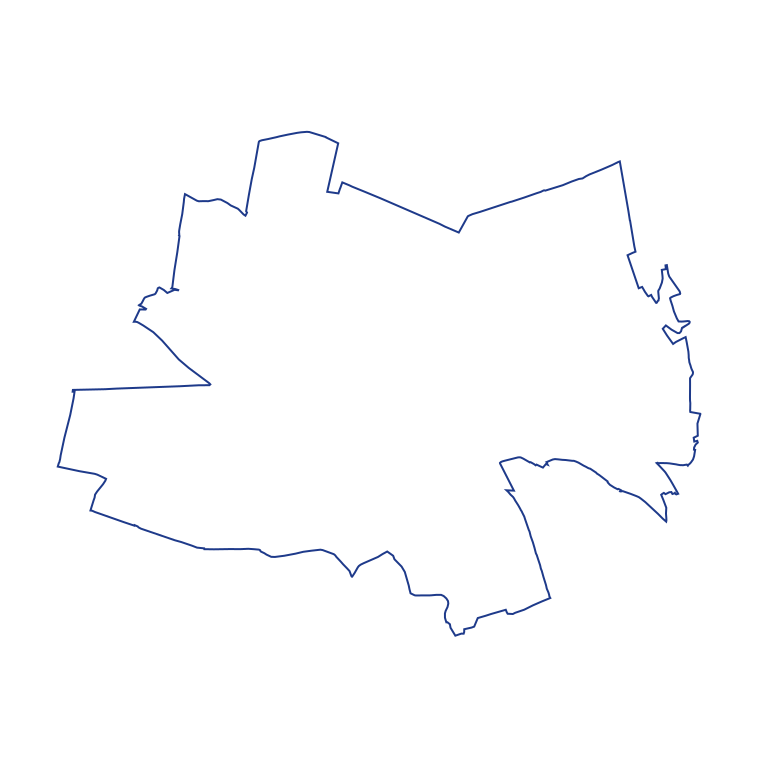 outline of Nufaru, Tulcea, Romania, rotated 185°
{"feature_id": "2599482B16280673296012", "entity_name": "Nufaru", "entity_type": "district", "adm_level": 2, "iso_a3": "ROU", "parent_name": "Romania", "parent_adm1": "Tulcea", "projection": "robinson", "projection_center": [28.921, 45.135], "detail": "fine", "context": "isolated", "style": "outline", "palette": "blue", "viewbox_px": 768, "rotation_deg": 185, "n_neighbors": 0, "source": "geoboundaries", "source_scale": "gbopen_adm2", "svg_char_len": 6040}
<svg xmlns="http://www.w3.org/2000/svg" viewBox="0 0 768 768"><g transform="rotate(185 384 384)"><path d="M207.5,181.3L199.7,185.3L200.7,186.8L201.2,188.6L202.0,190.6L204.0,194.3L205.1,197.8L208.3,205.6L210.5,211.5L211.7,213.9L212.7,217.1L215.3,223.1L216.9,226.9L217.9,228.5L219.8,233.9L221.9,239.3L222.7,241.0L224.6,245.1L226.2,249.8L227.0,251.1L231.8,261.9L232.7,264.1L235.1,268.0L235.7,269.1L236.7,270.3L237.4,271.5L239.8,275.0L243.2,279.4L244.1,280.8L244.9,281.9L245.7,282.8L248.3,284.8L250.9,287.4L252.7,288.8L245.3,289.1L261.5,315.0L261.6,315.5L260.8,316.4L259.4,317.2L257.0,318.1L244.3,322.5L243.3,322.7L241.5,322.8L238.8,321.8L231.9,318.6L231.6,318.9L230.9,318.8L227.6,317.3L225.8,316.2L225.0,317.0L221.0,315.5L218.4,314.6L215.7,318.4L215.3,318.3L214.0,317.9L214.6,318.8L214.6,319.5L214.8,320.1L215.2,320.4L209.3,323.5L207.1,324.1L203.9,324.1L199.8,324.0L196.4,324.1L190.1,323.9L188.1,324.0L186.1,323.5L183.4,322.6L178.1,320.1L175.3,319.0L173.6,318.2L172.4,317.8L171.2,317.6L164.8,314.1L164.6,313.8L164.2,313.4L161.7,312.1L152.7,306.4L152.6,305.5L150.2,303.3L145.8,301.0L142.1,299.5L141.5,299.9L140.7,299.7L138.8,298.9L139.4,297.7L138.7,297.6L136.9,298.1L136.1,297.9L128.9,296.1L123.0,294.4L120.3,293.5L117.9,292.1L113.5,289.2L99.7,278.5L94.6,274.2L90.9,271.5L90.8,272.4L90.8,273.0L91.1,275.3L91.8,279.5L92.0,285.3L95.6,292.8L98.2,297.8L97.2,298.8L95.7,299.9L94.0,298.8L93.1,299.3L90.4,301.0L88.3,301.4L87.1,299.6L85.1,300.4L84.7,300.9L83.9,299.8L83.2,299.5L81.4,300.3L87.7,309.5L90.3,313.2L94.1,318.1L95.9,320.4L97.1,321.6L103.1,327.0L105.5,329.0L104.5,329.4L103.9,329.0L101.3,329.4L95.1,329.8L92.5,329.8L86.0,329.4L84.4,329.2L81.9,329.0L78.8,329.2L77.3,329.6L75.3,330.1L74.2,329.1L73.8,329.9L72.5,331.2L71.4,332.6L69.6,335.7L68.8,339.0L68.5,343.0L68.3,345.5L69.5,345.6L69.5,347.8L68.3,350.8L66.3,353.0L67.0,354.7L69.9,353.7L70.8,357.5L66.9,359.8L68.3,371.9L66.2,381.7L66.3,381.9L76.4,382.8L76.7,383.9L76.8,386.0L77.2,391.7L77.7,394.3L78.0,397.2L79.0,409.6L79.5,415.1L79.6,416.2L79.5,416.7L79.0,417.6L77.4,420.3L77.2,421.1L77.2,422.6L77.4,423.2L78.1,424.3L79.1,426.1L79.8,427.8L80.4,429.4L81.1,430.9L81.7,432.3L82.1,434.3L82.7,436.6L83.0,439.3L83.6,442.8L86.1,452.0L87.6,457.0L90.2,455.5L96.9,451.3L99.5,449.1L106.3,457.0L111.1,463.3L108.3,466.9L102.3,463.2L96.0,460.3L94.1,460.5L92.7,462.3L92.0,465.9L90.1,467.3L90.1,467.1L85.5,470.7L84.9,471.7L84.9,472.6L85.4,473.1L86.9,473.2L91.0,472.4L93.2,472.1L96.0,472.0L98.0,474.9L101.5,481.6L103.5,487.0L105.8,492.3L106.5,494.4L105.9,495.1L103.3,496.7L100.1,498.2L97.0,499.4L96.8,500.0L97.5,502.0L109.2,515.9L110.5,518.8L112.6,527.1L113.9,526.7L113.2,523.0L117.2,521.9L116.0,515.9L115.6,513.3L116.0,509.2L116.3,508.2L117.7,503.2L118.7,501.2L118.9,500.5L118.7,499.1L117.6,493.1L117.8,492.3L117.8,491.1L118.6,490.5L119.1,489.2L119.3,488.8L119.9,488.5L120.2,488.7L121.1,489.9L124.6,494.2L125.6,496.0L128.2,494.4L128.8,494.7L132.1,498.6L135.3,503.2L138.6,501.6L152.6,533.5L147.6,536.4L145.0,537.7L146.6,542.9L148.3,549.5L153.1,568.2L153.3,568.3L155.6,577.6L168.5,626.3L170.1,625.5L176.0,621.9L186.2,616.4L197.5,610.7L200.7,608.7L204.1,606.1L207.8,605.2L214.6,602.1L223.3,597.6L240.2,590.7L241.0,590.9L241.5,590.8L241.9,590.7L244.7,589.0L248.5,587.4L260.7,581.9L272.9,576.7L273.7,576.5L303.4,563.8L310.7,560.9L314.0,559.1L315.1,558.4L322.7,541.4L337.0,546.1L342.7,548.4L403.4,568.6L420.2,573.9L432.9,577.8L435.8,578.9L443.1,581.2L444.6,575.5L444.9,574.6L446.0,569.9L457.3,570.5L450.6,619.8L462.2,624.2L463.7,624.8L463.8,624.9L463.8,625.0L480.3,628.5L482.7,628.5L488.6,627.5L492.5,626.6L501.4,624.1L509.6,621.6L512.7,620.5L520.9,617.9L526.8,616.2L528.9,615.3L529.6,614.7L529.8,614.1L532.1,588.1L533.6,576.5L535.1,560.4L536.4,544.1L535.4,542.8L536.7,539.6L538.7,540.7L543.3,544.7L544.9,545.9L552.2,548.5L555.7,550.6L562.6,553.5L566.1,553.6L570.0,552.3L575.0,550.8L579.4,550.5L584.4,549.9L586.4,550.3L597.6,555.3L598.8,555.8L599.3,551.1L599.3,547.8L599.8,535.7L600.9,525.4L601.4,519.1L601.4,517.6L601.0,515.1L601.0,514.6L601.2,514.1L600.6,513.6L601.4,497.2L602.7,479.1L603.3,462.3L603.7,461.3L604.1,460.7L600.3,460.4L597.2,459.7L597.3,459.4L600.8,459.6L607.8,455.8L611.6,458.5L616.1,460.6L617.0,460.2L617.7,459.6L618.1,457.4L619.5,454.2L620.3,453.4L624.9,451.6L627.8,450.3L629.0,449.7L629.8,449.2L630.2,448.6L630.8,447.4L631.4,445.8L632.7,442.9L634.4,441.6L635.0,441.1L634.6,440.8L632.0,440.2L627.6,438.1L628.0,437.4L633.8,437.0L638.6,424.2L636.8,424.4L635.2,424.2L633.7,423.6L628.9,421.3L618.3,415.5L608.8,407.9L590.6,390.6L579.9,383.0L558.1,369.5L557.0,368.5L557.8,367.6L569.1,366.5L587.0,364.0L650.1,356.1L661.4,354.5L693.4,351.0L693.5,349.2L691.6,349.3L692.0,342.6L693.9,325.7L697.7,302.6L699.9,284.7L700.1,281.1L700.6,277.8L701.1,276.7L701.8,273.3L679.8,270.6L664.4,269.3L661.7,268.7L652.6,265.3L653.2,263.3L655.2,259.6L660.4,251.9L662.2,248.6L662.4,245.6L663.1,243.0L665.4,232.4L663.6,232.3L660.8,231.3L631.1,223.7L620.3,221.1L620.2,221.7L616.9,220.6L616.1,219.8L613.5,218.7L578.7,210.1L572.2,208.9L561.2,206.2L556.0,204.7L548.8,204.6L548.6,203.8L539.0,204.5L522.4,206.2L513.2,206.9L504.8,208.0L499.4,208.1L494.1,208.1L492.9,207.6L492.4,206.6L491.9,206.3L488.4,205.0L486.2,203.8L481.3,202.0L477.6,202.2L468.4,204.2L457.3,207.3L449.8,209.8L441.8,211.6L432.9,213.4L430.6,213.2L419.2,210.1L418.1,209.4L417.3,208.7L416.6,207.8L411.6,203.3L409.1,200.9L404.6,197.0L402.0,194.6L399.8,189.9L399.3,189.3L398.9,189.3L398.6,189.9L396.8,193.2L394.1,199.1L393.2,200.5L391.5,202.0L388.5,203.8L374.9,211.2L370.7,214.4L366.2,217.4L359.9,213.7L358.3,210.3L350.6,203.7L346.9,198.6L341.8,185.4L340.7,181.7L339.3,177.8L335.1,176.2L334.0,176.1L319.2,177.5L313.5,178.5L308.7,178.9L306.1,178.0L303.2,175.8L301.3,173.3L300.8,170.8L301.3,167.3L302.8,163.4L303.3,160.7L302.9,156.5L301.9,153.9L301.1,152.0L300.1,152.2L297.4,150.4L296.5,147.0L291.0,139.5L285.1,142.1L282.9,142.2L282.5,143.9L282.7,146.7L275.5,149.0L273.0,150.2L270.2,159.0L262.5,162.0L257.3,164.2L243.0,169.7L241.8,167.3L240.8,165.9L235.6,166.1L233.4,167.5L224.6,171.4L216.3,176.5L207.5,181.3Z" fill="none" stroke="#1e3a8a" stroke-width="2"/></g></svg>